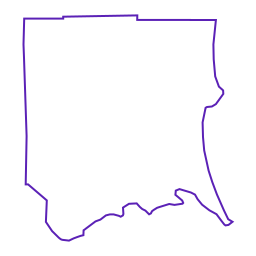 the district of Clatsop, Oregon, United States of America, rotated 180°
{"feature_id": "52423323B41854352046463", "entity_name": "Clatsop", "entity_type": "district", "adm_level": 2, "iso_a3": "USA", "parent_name": "United States of America", "parent_adm1": "Oregon", "projection": "albers", "projection_center": [-123.747, 46.022], "detail": "fine", "context": "isolated", "style": "outline", "palette": "violet", "viewbox_px": 256, "rotation_deg": 180, "n_neighbors": 0, "source": "geoboundaries", "source_scale": "gbopen_adm2", "svg_char_len": 1051}
<svg xmlns="http://www.w3.org/2000/svg" viewBox="0 0 256 256"><g transform="rotate(180 128 128)"><path d="M231.8,237.4L232.5,211.6L232.0,198.3L229.4,119.9L230.3,71.6L227.9,71.6L209.2,55.6L210.1,34.1L203.9,24.9L197.2,18.3L195.3,16.8L193.8,16.2L187.0,15.4L182.4,17.6L179.2,18.8L175.5,20.1L172.6,20.8L172.4,25.7L160.5,34.6L155.6,36.4L150.1,40.6L146.1,41.6L142.4,41.6L137.2,40.2L135.3,39.3L133.1,40.6L132.6,42.0L133.0,48.4L127.0,52.2L119.3,52.6L116.2,49.1L113.8,47.0L110.6,45.4L106.9,41.7L105.1,42.6L104.0,44.8L102.4,46.0L98.9,48.2L95.5,49.3L86.8,52.0L81.5,51.1L73.5,52.3L72.8,53.1L73.8,55.5L80.6,61.2L80.2,65.4L76.5,66.9L65.1,63.5L61.0,61.4L58.4,56.8L53.9,51.3L46.6,45.7L39.5,41.8L34.6,35.2L31.7,31.5L30.5,30.6L27.5,31.1L23.5,34.2L27.8,36.8L32.1,45.7L39.1,61.6L43.7,73.9L47.4,85.4L51.8,105.5L53.0,119.0L53.4,133.6L50.4,148.2L49.0,149.0L44.1,149.5L40.1,151.9L32.7,162.1L32.9,165.6L37.1,169.4L40.8,179.6L42.3,196.7L42.6,211.6L40.1,236.0L118.8,236.1L118.7,240.6L192.8,239.3L192.8,237.4L231.8,237.4Z" fill="none" stroke="#5b21b6" stroke-width="2"/></g></svg>